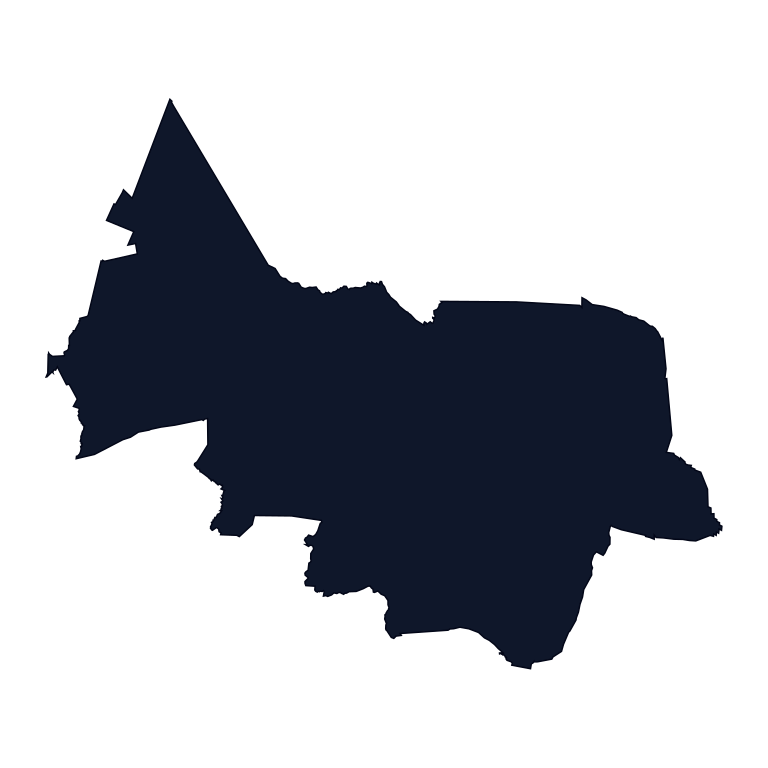 the district of Río Grande, Zacatecas, Mexico
{"feature_id": "50627088B78022927430192", "entity_name": "Río Grande", "entity_type": "district", "adm_level": 2, "iso_a3": "MEX", "parent_name": "Mexico", "parent_adm1": "Zacatecas", "projection": "natural_earth1", "projection_center": [-103.094, 23.812], "detail": "fine", "context": "isolated", "style": "filled", "palette": "ink", "viewbox_px": 768, "rotation_deg": 0, "n_neighbors": 0, "source": "geoboundaries", "source_scale": "gbopen_adm2", "svg_char_len": 6054}
<svg xmlns="http://www.w3.org/2000/svg" viewBox="0 0 768 768"><path d="M671.8,435.4L666.7,378.6L665.9,378.8L664.9,378.2L666.0,368.8L662.9,337.7L662.0,340.2L657.5,331.5L657.0,331.3L655.2,328.6L652.4,326.3L650.5,326.2L649.0,325.3L643.8,321.1L638.8,319.8L636.1,317.6L631.7,316.8L630.3,316.0L629.4,316.3L623.9,314.1L622.6,313.3L622.2,312.4L617.3,310.2L603.9,306.4L592.2,304.6L586.1,299.9L582.0,297.7L581.9,307.5L579.7,305.4L516.5,301.9L441.1,301.4L442.1,302.3L439.3,304.4L439.0,306.4L437.5,309.1L433.9,310.8L434.1,314.2L435.3,315.8L434.5,318.1L432.7,317.4L432.7,318.2L433.8,319.2L434.1,320.2L433.0,323.0L432.1,323.3L430.2,321.8L426.9,324.3L426.4,323.1L424.6,321.9L423.9,323.1L423.9,325.3L415.6,320.1L410.5,314.6L408.5,313.4L407.9,312.4L405.7,311.4L398.6,305.6L398.8,305.3L396.3,301.9L390.5,297.2L388.8,294.5L386.7,292.3L384.5,286.8L382.4,284.3L381.5,281.6L380.2,281.5L379.4,283.2L379.5,284.7L379.2,285.0L376.5,283.0L376.0,284.1L373.5,283.3L371.9,282.2L371.7,283.6L367.8,282.3L366.8,283.2L367.0,285.8L366.2,286.5L364.4,286.2L363.0,287.2L360.6,288.0L355.2,287.5L353.2,288.2L351.0,288.2L350.0,288.5L349.3,289.5L347.7,288.9L346.3,286.4L343.9,286.2L342.0,288.1L340.6,287.8L339.3,289.7L337.9,289.3L337.0,290.7L336.3,290.7L336.0,291.6L333.2,291.9L331.2,293.7L328.4,292.3L328.0,293.1L325.7,292.6L325.3,293.5L322.7,294.4L320.2,292.5L319.5,290.8L317.9,289.8L316.1,287.0L312.2,287.5L309.6,287.2L305.9,288.5L304.2,288.4L301.2,287.2L298.7,283.3L297.5,282.9L294.7,283.0L293.0,283.6L291.3,283.2L288.2,281.3L285.6,278.6L282.5,278.2L280.0,276.3L275.1,268.5L268.2,265.2L173.7,106.3L171.5,102.3L171.9,101.2L169.9,99.3L132.2,198.3L123.5,189.8L122.3,192.7L115.5,204.6L114.0,203.9L106.5,220.4L133.8,231.6L127.9,245.1L135.6,243.5L137.3,253.9L104.6,261.3L102.6,260.3L102.3,261.3L101.1,261.0L88.1,315.6L86.8,316.6L79.9,318.4L79.9,320.8L79.2,320.8L79.2,323.1L78.9,323.1L75.4,329.6L75.5,330.6L73.3,330.8L73.3,332.6L72.6,332.8L69.7,336.5L69.5,338.1L69.2,338.1L69.4,345.4L68.7,345.4L68.6,348.7L67.4,350.4L64.3,351.9L64.0,352.8L64.6,355.0L64.2,355.8L52.5,356.4L49.6,354.4L48.7,353.1L48.7,354.1L48.2,354.3L47.8,373.0L46.1,377.0L46.9,376.9L52.0,371.9L52.9,372.7L52.7,372.1L53.9,369.8L55.6,370.1L57.3,366.8L66.5,384.7L69.2,384.2L77.3,399.1L73.4,406.4L79.1,408.3L79.2,410.3L78.4,411.5L79.3,413.9L78.1,415.5L79.1,417.4L79.1,418.8L79.8,420.3L81.5,422.0L81.2,422.9L82.1,423.4L82.5,424.6L83.0,424.4L83.5,425.7L84.6,425.9L84.0,427.0L83.7,429.7L82.4,431.8L81.8,433.9L82.1,434.9L81.3,435.3L80.9,436.7L81.0,438.6L80.3,441.3L82.0,443.3L81.3,443.7L82.0,444.4L81.6,446.3L80.7,446.4L81.2,448.8L80.5,451.9L79.6,454.0L77.6,456.1L76.5,456.3L76.2,458.7L94.5,454.4L122.8,439.7L130.5,437.2L138.4,432.1L149.3,430.0L150.7,429.3L160.8,427.1L175.0,425.1L201.9,419.6L203.3,420.4L204.6,419.1L207.6,418.5L207.9,444.7L197.8,460.8L196.7,462.2L194.7,463.5L194.4,465.0L197.6,468.9L199.4,469.1L200.2,471.8L201.1,471.9L208.1,477.1L209.5,478.7L210.8,479.3L211.1,480.6L211.5,480.9L212.9,479.8L214.3,481.6L215.6,481.9L215.7,482.8L216.4,483.0L217.6,484.6L218.5,484.8L219.5,483.9L221.6,485.5L222.4,485.3L222.5,487.4L221.0,488.9L224.7,490.5L223.9,491.3L222.7,495.5L221.9,495.5L222.8,497.3L222.7,498.1L222.0,498.7L221.3,498.5L222.7,500.6L222.7,501.3L221.0,502.2L222.1,503.7L222.5,505.3L221.4,506.3L222.1,507.1L222.1,507.9L221.4,508.0L220.9,510.1L220.2,510.6L221.7,510.8L219.7,513.5L217.5,514.4L216.3,517.4L214.9,517.4L213.9,520.0L213.0,520.2L213.2,521.5L211.5,522.4L212.1,523.8L210.5,526.9L210.9,527.7L210.5,528.2L211.9,530.1L212.5,530.3L216.0,527.8L217.1,527.7L218.7,529.1L219.1,531.7L221.1,532.9L220.6,534.7L236.8,535.3L239.3,536.6L252.2,524.6L254.4,515.5L291.5,515.9L321.4,520.4L321.8,522.4L320.3,523.3L317.8,530.8L315.7,534.5L313.1,536.6L308.6,535.1L307.0,537.2L305.5,538.0L304.5,540.0L307.5,544.6L305.5,544.6L308.5,546.4L310.2,545.2L312.0,545.5L312.8,546.1L313.5,548.1L313.5,549.3L310.8,553.5L310.7,558.8L311.2,560.8L310.4,562.2L308.9,563.1L308.1,570.2L305.7,572.0L304.9,573.2L305.2,575.2L308.2,577.7L308.0,578.5L305.0,581.5L305.0,583.3L305.8,585.6L315.1,586.2L314.8,590.0L315.7,591.3L317.3,592.1L318.4,591.3L319.4,591.7L320.4,591.1L322.1,591.5L323.5,590.6L324.2,591.8L323.4,596.1L325.8,595.6L327.7,596.4L331.6,594.9L333.9,592.9L336.9,593.5L338.3,592.7L340.5,592.4L341.0,593.1L343.7,594.3L344.6,593.3L346.6,593.1L349.1,591.7L356.3,591.4L363.2,588.7L368.1,586.1L370.2,586.1L371.3,587.8L373.0,589.2L373.4,592.1L374.5,592.4L377.9,591.0L381.2,594.2L384.7,595.7L388.0,600.5L388.0,604.8L389.1,607.9L388.6,608.6L388.8,609.4L387.6,610.5L386.1,613.1L386.1,613.7L384.9,614.9L385.1,616.3L384.7,619.0L386.1,622.7L386.6,623.0L385.9,625.0L385.7,628.5L386.0,629.9L386.8,630.5L391.3,637.4L393.8,638.4L396.1,636.1L401.3,635.4L400.1,633.5L448.1,630.2L449.9,629.0L453.8,628.7L459.9,627.2L468.9,628.8L478.6,632.5L484.4,637.8L489.2,640.3L494.5,644.5L498.3,648.6L503.5,653.0L503.4,653.6L501.8,652.8L499.5,653.0L499.6,653.9L501.2,653.4L501.7,654.2L503.1,654.3L503.0,654.8L503.5,654.7L505.8,656.8L506.1,657.2L505.7,657.3L506.5,658.0L506.0,658.8L507.0,660.3L511.2,661.8L512.3,663.1L511.8,665.2L530.5,668.7L531.3,663.9L533.0,662.9L534.1,661.2L534.4,661.9L537.6,661.8L551.8,659.1L553.0,656.9L561.5,651.4L563.5,644.3L568.6,632.2L569.8,631.1L576.0,620.0L576.3,617.9L578.4,612.2L580.0,604.3L582.5,597.1L583.7,589.6L591.7,575.0L591.5,570.7L592.5,567.8L591.3,564.7L591.2,562.0L593.5,555.0L596.4,551.8L603.1,555.3L604.8,553.1L608.0,546.2L609.9,544.2L610.0,537.3L609.0,535.4L608.7,532.7L610.2,526.7L611.2,525.4L612.3,526.4L621.3,529.7L645.7,535.4L645.6,536.4L650.0,537.5L654.2,539.2L654.2,535.1L656.1,537.5L663.4,537.9L673.9,539.2L682.7,539.4L689.5,540.5L695.8,540.9L710.1,535.4L713.5,536.3L713.7,533.9L716.2,535.3L716.4,532.0L718.6,533.2L719.1,529.0L721.5,530.3L721.9,526.2L719.4,524.9L719.5,522.7L716.8,521.4L716.8,519.6L714.0,518.1L713.9,513.7L711.1,513.9L710.9,508.0L708.0,506.8L707.5,489.2L700.7,472.2L695.5,470.3L694.9,470.0L694.8,469.1L690.7,467.4L691.3,465.4L687.9,465.0L685.6,464.1L684.8,462.4L685.0,462.0L680.4,457.7L679.3,459.6L678.3,457.5L674.4,455.1L673.7,453.4L666.3,452.4L671.8,435.4Z" fill="#0f172a" stroke="#020617" stroke-width="1.5"/></svg>